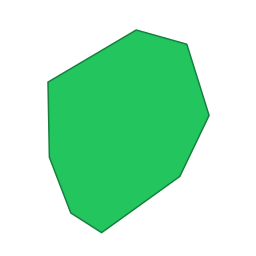 Rose Island, United States of America (orthographic projection), rotated 70°
{"feature_id": "52423323B32289273643205", "entity_name": "Rose Island", "entity_type": "district", "adm_level": 2, "iso_a3": "USA", "parent_name": "United States of America", "parent_adm1": "", "projection": "orthographic", "projection_center": [-168.153, -14.542], "detail": "fine", "context": "isolated", "style": "filled", "palette": "green", "viewbox_px": 256, "rotation_deg": 70, "n_neighbors": 0, "source": "geoboundaries", "source_scale": "gbopen_adm2", "svg_char_len": 269}
<svg xmlns="http://www.w3.org/2000/svg" viewBox="0 0 256 256"><g transform="rotate(70 128 128)"><path d="M38.7,86.8L57.5,187.5L128.6,211.9L188.3,210.8L217.3,188.6L191.2,95.9L143.9,47.5L69.4,44.1L38.7,86.8Z" fill="#22c55e" stroke="#15803d" stroke-width="1.5"/></g></svg>